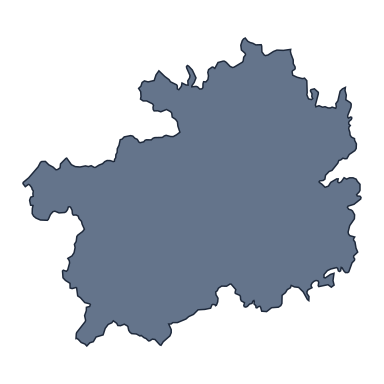 outline of Guizhou
{"feature_id": "CHN-1153", "entity_name": "Guizhou", "entity_type": "Province", "adm_level": 1, "iso_a3": "CHN", "parent_name": "China", "parent_adm1": "", "projection": "robinson", "projection_center": [106.929, 26.939], "detail": "fine", "context": "isolated", "style": "filled", "palette": "slate", "viewbox_px": 384, "rotation_deg": 0, "n_neighbors": 0, "source": "natural_earth", "source_scale": "10m", "svg_char_len": 5911}
<svg xmlns="http://www.w3.org/2000/svg" viewBox="0 0 384 384"><path d="M245.2,38.0L247.7,41.2L250.0,42.5L252.9,43.3L255.8,44.9L261.2,44.7L261.7,46.0L261.9,51.8L264.2,55.0L265.4,55.6L268.0,55.0L273.4,51.5L276.9,50.1L283.3,50.4L290.7,49.4L290.4,51.4L291.0,54.0L293.2,59.8L293.3,63.8L295.0,66.7L295.2,68.2L294.8,69.3L292.6,70.7L292.1,71.8L292.7,75.2L297.0,77.2L301.5,78.4L302.9,78.6L304.5,78.1L306.8,80.7L307.2,92.7L306.8,94.7L308.5,98.8L311.4,99.6L312.7,98.6L311.8,96.5L312.0,93.8L310.4,90.9L310.9,89.7L314.4,88.8L318.3,92.3L318.3,93.9L315.4,105.0L315.9,106.8L319.0,105.7L322.6,107.2L325.1,106.7L328.0,107.9L330.3,108.0L332.1,107.1L335.7,108.3L336.3,106.7L335.8,103.7L337.9,100.8L340.1,91.2L342.4,88.9L345.4,87.4L345.0,90.4L346.3,95.1L345.8,99.7L350.1,102.5L351.0,103.5L351.2,104.6L351.0,107.2L347.7,115.6L347.8,117.4L348.4,118.1L350.6,117.0L351.6,117.3L351.8,118.1L351.3,119.5L349.4,121.1L348.7,122.4L348.8,124.0L350.3,125.5L349.0,127.0L348.7,128.7L349.8,132.2L350.1,135.0L351.4,137.1L354.5,138.6L354.6,140.3L356.4,143.9L356.2,148.5L354.9,150.6L349.2,154.5L346.9,158.6L345.0,158.8L342.9,158.2L340.8,159.9L338.8,160.5L337.8,163.2L332.0,170.4L329.1,171.5L325.5,175.3L324.9,179.2L323.1,180.5L319.7,180.9L319.1,181.6L319.3,182.4L321.7,184.0L325.1,187.3L328.4,186.1L330.7,182.4L336.6,178.9L338.2,178.9L337.6,181.7L338.5,182.6L339.6,182.7L341.3,181.7L344.1,177.7L346.6,179.1L349.6,177.8L353.0,177.8L356.2,179.2L357.3,181.3L360.0,184.3L360.0,190.3L359.2,191.9L356.6,194.7L357.3,196.0L360.0,196.2L361.0,197.4L360.7,199.0L354.0,204.3L348.1,206.1L347.4,207.2L348.6,209.2L351.2,210.0L352.5,211.0L354.6,214.8L354.4,218.8L349.7,225.6L348.1,232.1L348.6,234.2L349.9,235.7L354.7,237.0L353.6,238.8L353.5,240.0L355.0,242.1L356.0,248.1L357.7,252.1L353.7,255.9L353.6,257.3L354.7,259.0L354.4,260.4L352.0,262.9L348.8,271.8L347.7,272.6L345.5,272.6L344.0,271.1L342.1,267.8L341.2,267.4L340.6,270.8L339.6,271.5L338.4,270.9L337.6,268.3L336.5,267.6L330.8,269.0L327.4,270.6L324.0,274.6L324.0,277.5L325.3,277.9L330.5,274.4L334.0,273.3L333.0,280.6L334.1,285.1L331.3,287.2L328.0,284.7L318.8,286.6L318.2,285.7L318.7,282.2L317.9,280.8L316.0,280.5L314.2,281.2L312.2,282.9L311.2,284.7L311.1,286.0L312.0,287.7L308.1,289.7L307.0,291.5L307.0,293.6L309.0,296.5L308.8,300.6L307.4,299.5L303.2,291.9L298.6,287.4L294.4,286.9L291.2,285.4L290.4,287.8L287.3,289.6L285.4,292.7L282.1,295.3L281.9,303.4L280.8,305.6L278.4,307.2L271.6,307.7L266.6,311.6L261.7,311.2L260.6,307.3L259.9,306.3L258.5,306.6L256.9,307.9L256.0,307.6L255.8,305.7L254.0,303.9L254.3,301.3L253.9,300.5L252.8,301.3L252.0,303.4L249.5,304.1L247.4,306.4L245.8,307.1L244.3,306.7L243.8,305.5L244.5,302.7L241.3,300.9L240.6,299.3L240.4,296.4L239.7,295.3L235.3,293.4L235.1,292.3L235.8,289.6L231.1,284.1L229.9,284.1L226.6,286.2L221.6,286.1L218.4,288.2L217.3,290.7L215.7,292.0L216.0,294.8L218.0,298.2L217.7,301.9L216.4,305.2L215.5,305.7L215.0,304.7L212.8,304.4L212.0,304.8L210.6,308.2L204.8,309.4L198.1,309.8L193.5,314.4L188.7,316.6L186.0,319.0L177.4,322.6L172.8,322.6L171.1,324.0L168.7,324.0L171.2,329.6L171.2,332.7L169.9,335.9L163.2,341.8L161.0,345.3L159.8,344.8L155.0,339.5L152.4,339.1L149.8,340.8L148.6,340.9L146.0,338.5L144.2,337.8L141.1,335.4L140.0,336.0L136.4,334.0L131.6,333.6L129.9,332.2L128.7,330.3L127.9,326.5L127.1,325.8L124.3,324.2L120.5,325.7L117.8,325.5L116.7,323.3L113.3,320.8L111.8,322.8L108.2,324.4L105.2,328.4L103.1,334.9L96.1,337.0L93.3,341.7L89.8,342.8L86.8,346.0L84.9,344.0L81.2,342.5L78.4,339.5L76.9,338.4L76.0,338.6L76.3,333.8L76.7,332.5L85.3,321.5L85.6,320.2L84.6,315.6L86.3,310.7L86.4,307.3L89.6,306.5L90.4,304.6L89.8,303.9L84.8,302.6L80.3,297.6L77.7,295.9L76.6,287.9L76.0,287.5L72.1,288.6L70.1,288.0L70.0,283.3L65.4,280.4L63.0,277.8L62.5,271.0L63.3,270.2L66.4,271.3L67.7,269.9L69.6,263.0L69.3,260.7L67.8,258.4L72.0,255.9L74.1,252.6L75.1,247.5L74.4,244.3L76.2,241.5L76.8,236.6L77.7,235.2L82.6,231.5L84.4,229.2L82.1,224.1L81.5,221.4L79.0,218.6L78.2,216.1L76.2,215.0L73.3,215.1L72.4,213.7L72.1,210.4L70.6,207.3L69.7,206.7L68.3,207.0L67.6,209.5L66.1,211.7L64.7,212.5L59.0,212.9L54.9,211.2L52.9,211.7L50.4,214.6L48.3,219.4L47.3,220.3L40.4,220.0L36.0,218.1L33.6,216.1L32.2,213.6L32.3,208.7L33.0,205.5L30.6,205.2L29.6,200.2L30.7,197.2L33.2,196.3L32.9,193.8L33.3,190.9L32.2,189.5L31.7,187.6L29.5,184.8L28.4,184.4L25.3,186.7L23.0,183.7L23.2,182.4L28.7,177.8L38.1,166.9L40.5,162.3L41.8,161.5L45.4,161.4L48.8,164.8L53.2,167.2L56.0,169.8L57.6,169.5L60.1,167.8L60.5,163.9L65.8,158.5L66.7,158.1L71.4,164.7L75.2,166.6L80.0,167.0L85.5,165.9L88.4,166.6L91.2,165.7L94.2,167.4L95.4,167.4L99.0,165.1L102.6,163.7L104.8,161.6L107.1,160.5L110.3,160.6L113.1,161.6L114.4,161.3L114.6,159.4L115.7,157.8L115.9,154.6L117.1,152.5L117.3,148.7L119.0,145.3L120.2,139.7L122.0,139.2L124.2,136.9L130.6,135.6L132.8,136.1L134.8,138.2L137.3,139.4L138.9,142.1L140.1,142.7L143.8,141.8L144.9,140.4L146.3,139.8L151.2,139.9L153.1,138.2L154.8,137.6L162.4,137.4L164.2,136.0L166.1,135.3L170.5,136.5L173.2,136.6L176.5,134.8L179.9,132.2L177.9,126.1L177.4,121.8L175.5,119.3L172.2,117.1L171.7,113.1L170.6,111.7L166.5,109.5L160.8,111.8L157.8,110.8L154.1,110.9L153.2,109.5L153.0,107.3L153.5,105.4L152.6,103.9L146.6,100.9L143.1,100.9L140.5,99.1L141.0,96.5L140.7,91.7L138.6,88.4L140.9,86.2L142.1,82.5L144.4,80.9L148.1,81.9L154.2,80.5L156.0,74.9L158.9,70.8L164.8,76.5L169.0,79.6L170.5,81.8L176.6,84.8L177.3,86.0L177.3,88.9L178.8,89.7L181.4,86.3L182.0,83.0L186.1,85.0L188.1,85.1L187.8,80.8L189.6,77.9L190.0,75.5L186.6,67.8L186.5,66.5L187.4,65.5L188.6,66.1L192.3,70.0L196.0,77.9L194.1,82.6L192.0,85.5L191.8,86.8L196.1,86.4L197.6,86.9L199.7,89.0L201.8,88.9L202.9,87.7L203.0,83.7L203.6,81.7L205.9,81.9L207.9,79.6L208.5,75.9L207.8,72.4L208.6,69.6L212.1,67.1L213.0,67.1L214.8,68.4L218.0,62.5L223.2,61.1L224.5,61.2L226.3,62.4L230.1,66.4L232.5,67.5L234.0,67.2L242.5,62.1L243.2,60.9L243.7,57.2L245.3,55.2L245.5,54.2L244.8,53.0L241.4,50.0L240.8,45.2L242.3,40.6L243.6,38.9L245.2,38.0Z" fill="#64748b" stroke="#1e293b" stroke-width="1.5"/></svg>